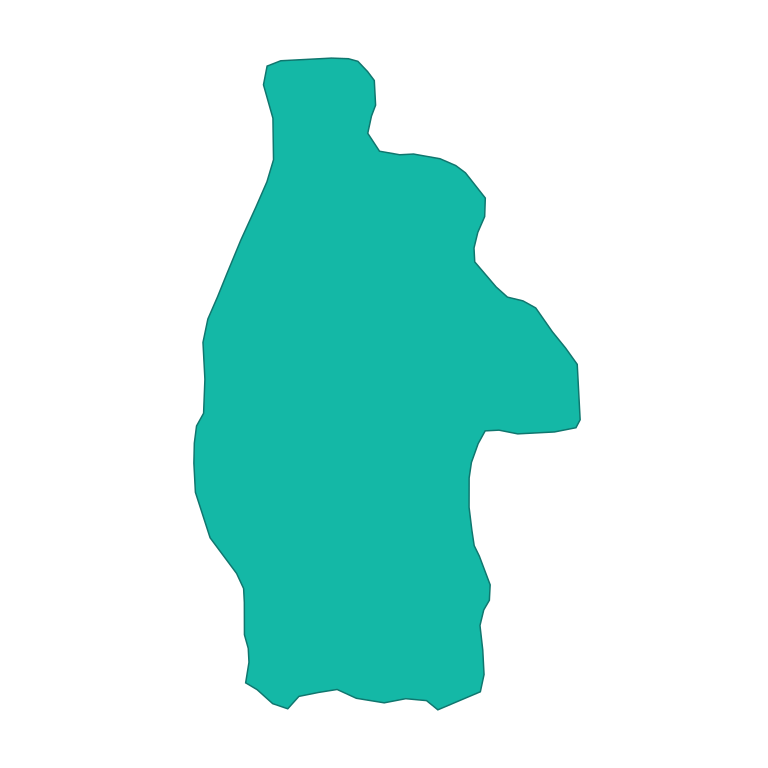 the district of Yeongdeok-gun, North Gyeongsang, South Korea, rotated 177°
{"feature_id": "91817680B91067436457746", "entity_name": "Yeongdeok-gun", "entity_type": "district", "adm_level": 2, "iso_a3": "KOR", "parent_name": "South Korea", "parent_adm1": "North Gyeongsang", "projection": "mercator", "projection_center": [129.302, 36.465], "detail": "fine", "context": "isolated", "style": "filled", "palette": "teal", "viewbox_px": 768, "rotation_deg": 177, "n_neighbors": 0, "source": "geoboundaries", "source_scale": "gbopen_adm2", "svg_char_len": 1248}
<svg xmlns="http://www.w3.org/2000/svg" viewBox="0 0 768 768"><g transform="rotate(177 384 384)"><path d="M347.3,55.8L303.9,71.6L299.3,88.6L299.3,113.2L300.8,137.8L296.2,153.2L290.1,162.5L288.5,177.9L297.8,207.1L302.4,217.9L303.9,233.3L305.5,256.4L303.9,285.7L300.8,301.1L293.1,319.5L285.4,331.9L271.6,331.9L253.1,327.2L216.2,327.2L194.6,330.3L191.5,335.5L190.0,338.0L190.0,393.5L200.8,410.4L213.1,427.3L228.5,452.0L240.8,459.7L256.2,464.3L267.0,475.1L287.0,501.2L287.0,515.1L282.4,530.5L274.7,545.9L273.1,564.4L291.6,590.6L300.8,598.3L316.2,606.0L339.5,611.4L342.4,612.1L350.1,612.1L356.3,612.1L376.3,616.7L387.1,635.2L382.5,652.2L377.8,662.9L377.8,687.6L384.0,696.8L393.2,707.6L402.5,710.7L419.4,712.2L441.0,712.2L470.2,712.2L476.2,710.2L484.1,707.6L488.7,689.1L481.0,655.2L482.6,613.7L490.3,592.1L502.6,567.5L519.5,535.1L534.9,502.8L545.7,479.7L556.5,458.1L562.6,435.0L562.6,419.6L562.6,398.1L565.7,364.2L573.4,351.9L576.5,334.9L578.0,314.9L578.0,285.7L565.7,239.5L547.2,211.7L541.1,202.5L534.9,187.1L534.9,173.2L536.5,140.9L533.4,127.1L533.4,113.2L537.8,92.8L526.7,85.4L511.9,70.6L497.1,64.7L485.3,76.5L465.6,79.4L446.8,81.4L428.1,71.6L400.5,65.6L378.8,68.6L358.1,65.6L347.3,55.8Z" fill="#14b8a6" stroke="#0f766e" stroke-width="1.5"/></g></svg>